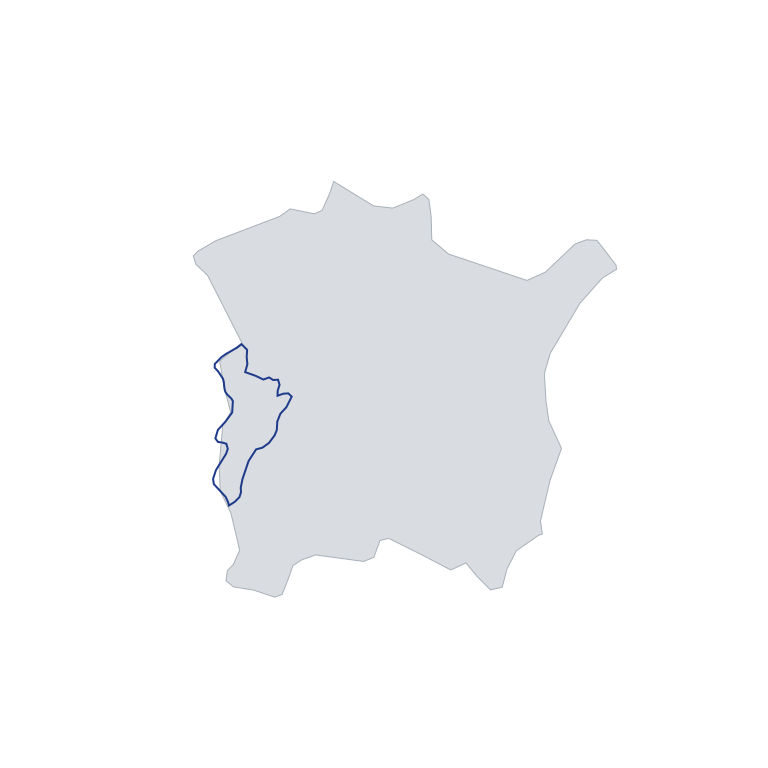 where Podujevo sits in Kosovo, rotated 224°
{"feature_id": "KOS-5901", "entity_name": "Podujevo", "entity_type": "District", "adm_level": 1, "iso_a3": "XKX", "parent_name": "Kosovo", "parent_adm1": "", "projection": "albers", "projection_center": [21.187, 42.93], "detail": "fine", "context": "in_parent", "style": "outline", "palette": "blue", "viewbox_px": 768, "rotation_deg": 224, "n_neighbors": 0, "source": "natural_earth", "source_scale": "10m", "svg_char_len": 1824}
<svg xmlns="http://www.w3.org/2000/svg" viewBox="0 0 768 768"><g transform="rotate(224 384 384)"><path d="M240.7,286.6L273.5,276.2L278.2,268.7L270.9,252.3L275.4,242.2L314.5,213.5L321.0,200.4L323.4,190.1L318.3,179.2L311.1,161.9L314.7,154.7L334.9,145.0L351.3,133.5L361.0,132.7L367.0,141.0L367.0,149.6L372.3,164.1L384.3,171.9L404.3,184.7L427.6,193.4L445.9,210.8L470.9,241.8L474.7,257.2L497.2,270.9L518.1,286.3L515.0,315.0L586.4,339.6L602.5,339.4L610.2,343.7L610.1,350.2L604.5,370.3L575.5,432.0L573.1,444.8L552.1,458.2L549.2,466.0L555.3,483.0L560.9,494.8L560.4,494.8L515.1,504.9L499.9,516.6L490.8,537.0L488.0,547.6L479.9,547.9L466.6,537.4L449.8,520.9L427.9,522.3L353.1,557.8L345.6,576.6L343.8,617.3L338.6,628.3L330.6,635.3L299.6,630.7L296.4,628.0L300.5,612.4L299.2,578.2L285.7,521.5L275.9,502.9L255.7,484.3L239.9,472.0L211.6,461.0L197.5,429.7L176.3,394.2L165.9,386.0L167.7,382.5L173.0,356.0L167.1,336.5L157.8,319.9L164.4,309.9L184.3,310.3L200.7,312.3L206.8,296.6L240.7,286.6Z" fill="#d9dde1" stroke="#a8b0b8" stroke-width="1"/><path d="M411.1,188.9L414.1,190.7L419.5,192.8L436.9,193.8L441.1,197.1L445.1,205.4L449.1,224.1L451.3,228.8L455.9,231.5L459.6,229.6L463.1,227.0L467.5,227.7L471.6,235.6L471.9,246.7L473.4,258.0L480.8,266.7L483.7,267.5L489.8,267.5L492.8,268.2L495.6,269.9L500.7,274.2L503.4,275.9L511.8,277.8L517.1,278.1L519.6,280.8L519.6,282.7L519.6,290.2L518.5,296.2L514.9,308.2L514.1,313.7L506.2,313.5L501.5,308.0L496.1,303.4L492.1,296.1L482.0,300.7L473.9,303.4L471.2,308.9L466.5,309.9L463.2,313.5L458.5,310.8L455.8,305.3L452.4,301.6L449.7,307.1L446.3,310.8L441.6,310.8L439.6,304.3L438.1,299.5L437.9,290.7L434.7,282.9L429.2,276.5L427.0,271.1L425.8,261.7L427.2,253.8L430.6,248.1L427.9,234.5L419.8,217.4L415.1,210.0L411.6,206.7L409.4,202.2L409.5,195.5L411.1,188.9Z" fill="none" stroke="#1e3a8a" stroke-width="2"/></g></svg>